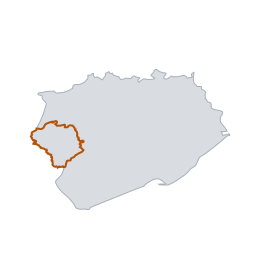 Poland, with Lublin highlighted, rotated 156°
{"feature_id": "POL-3151", "entity_name": "Lublin", "entity_type": "Voivodeship", "adm_level": 1, "iso_a3": "POL", "parent_name": "Poland", "parent_adm1": "", "projection": "equal_earth", "projection_center": [23.045, 51.304], "detail": "medium", "context": "in_parent", "style": "outline", "palette": "amber", "viewbox_px": 256, "rotation_deg": 156, "n_neighbors": 0, "source": "natural_earth", "source_scale": "10m", "svg_char_len": 5436}
<svg xmlns="http://www.w3.org/2000/svg" viewBox="0 0 256 256"><g transform="rotate(156 128 128)"><path d="M210.7,136.3L211.7,138.0L212.1,139.2L211.7,140.3L211.8,141.3L215.6,145.6L217.0,148.8L217.9,150.1L220.0,151.7L220.1,152.3L219.3,152.9L218.1,153.2L217.8,153.7L219.0,155.2L220.0,157.8L219.9,159.9L219.2,160.4L218.3,161.6L217.7,162.7L212.8,163.5L211.6,164.7L208.9,167.1L207.1,168.4L204.3,170.9L200.0,175.0L193.7,182.1L192.6,183.8L192.9,185.1L194.0,188.3L194.2,189.7L194.0,191.0L193.6,192.2L193.7,192.7L196.4,194.9L196.5,195.4L196.3,195.9L195.7,196.4L193.6,195.9L191.3,195.0L190.5,195.1L189.2,194.9L184.1,193.2L180.6,191.8L180.3,190.9L179.6,189.6L178.2,188.5L174.8,187.6L173.4,186.9L167.9,186.4L165.5,186.4L163.8,186.7L162.7,186.7L161.2,188.6L160.2,189.2L158.7,189.2L157.4,188.9L156.0,187.9L153.9,187.3L152.3,187.6L151.2,187.4L150.2,187.3L149.9,187.5L149.1,187.5L147.9,188.0L146.6,188.7L145.2,189.2L144.1,190.3L143.2,192.5L140.5,191.5L139.6,191.9L138.3,192.2L137.4,191.9L137.6,191.2L138.1,190.3L138.1,189.1L137.8,187.8L137.0,187.4L135.8,187.2L135.1,187.0L135.1,186.6L134.4,186.0L133.3,184.6L132.3,182.9L131.6,182.3L130.6,183.2L128.9,184.1L127.9,184.4L125.9,187.1L122.5,187.2L122.3,186.0L122.0,184.8L120.0,184.5L119.9,183.7L119.6,182.0L115.6,178.5L115.2,177.0L115.3,176.4L115.1,175.5L114.2,175.0L111.1,174.3L110.2,174.7L109.5,174.3L108.4,173.5L106.4,172.8L106.2,172.4L105.5,171.8L105.1,171.8L104.8,172.1L104.2,172.6L102.1,173.3L101.3,173.0L100.6,172.5L99.8,171.2L98.5,170.2L97.5,169.8L97.0,169.2L96.9,168.8L99.2,167.9L99.7,167.0L99.5,165.4L99.1,165.2L98.2,165.8L96.3,166.2L94.5,166.5L93.6,166.5L88.8,163.5L85.6,162.6L83.7,162.3L83.5,162.6L84.3,164.3L85.7,166.4L85.6,166.9L82.7,168.1L81.5,168.8L80.5,169.8L79.6,170.3L78.8,170.1L78.0,169.7L76.1,166.6L73.6,164.3L73.3,163.8L72.5,163.7L71.4,163.1L71.0,162.4L71.6,161.7L72.5,161.0L73.9,160.6L74.3,160.2L74.6,159.6L75.1,158.8L75.0,158.5L74.1,157.7L72.6,156.9L68.5,157.5L67.4,157.9L66.8,157.3L66.4,156.5L65.3,156.3L64.0,155.6L62.3,154.8L60.7,154.6L57.4,153.6L56.1,153.5L55.3,153.1L54.6,152.3L53.9,151.4L53.7,149.6L51.2,148.8L48.8,148.3L48.6,148.6L48.6,150.4L48.4,151.3L46.7,151.9L45.1,152.0L45.2,151.7L47.3,148.4L48.3,146.4L49.5,142.6L48.5,139.7L48.2,138.3L47.7,137.6L44.4,136.2L44.2,135.7L44.8,133.8L44.6,132.9L43.8,132.1L42.8,130.4L42.5,128.9L44.0,127.2L45.1,124.2L45.6,123.0L44.8,122.4L44.6,121.4L44.9,120.1L44.5,119.1L43.4,118.5L42.6,117.6L42.3,116.5L42.7,114.9L43.8,112.6L42.0,109.9L37.3,106.7L35.1,104.5L35.4,103.2L36.5,102.0L38.4,101.0L39.9,99.2L40.8,97.0L41.0,95.1L39.3,88.8L39.0,87.2L38.8,84.8L42.9,86.1L44.6,86.9L44.4,86.0L44.1,85.3L44.4,84.3L44.4,82.7L40.6,81.9L38.1,81.6L37.9,80.5L38.2,79.8L38.9,80.2L41.3,80.3L47.6,78.2L58.2,75.4L69.5,72.8L72.2,72.6L74.8,72.0L75.8,71.0L76.8,70.4L78.4,68.7L81.9,66.0L87.9,65.1L90.2,63.8L94.9,62.1L105.5,60.1L110.0,59.7L114.3,59.6L118.1,61.2L122.1,63.1L122.8,64.2L120.6,63.5L117.5,61.8L116.3,61.7L118.9,67.0L120.3,68.8L123.3,70.2L125.8,70.7L133.7,69.8L136.6,68.7L137.4,68.2L138.1,68.5L148.4,69.1L184.2,70.4L194.5,70.7L195.1,70.5L196.1,69.6L197.4,69.7L198.9,70.3L199.6,70.7L199.9,71.2L200.1,71.7L201.0,71.8L202.5,72.2L204.5,73.2L206.1,74.1L207.7,75.4L208.2,76.8L208.2,78.5L208.1,79.6L210.4,87.8L213.9,95.4L215.2,99.0L215.7,101.0L216.2,103.8L216.3,105.8L216.3,107.0L216.0,108.5L215.0,109.4L208.2,112.1L207.0,112.9L205.0,114.9L203.1,117.0L202.7,117.8L202.6,118.2L203.0,118.9L205.4,120.1L207.9,121.0L208.7,121.7L210.5,122.5L211.1,123.3L211.5,124.0L211.5,125.6L210.7,127.8L211.0,129.5L210.2,130.6L209.5,131.8L209.4,133.9L210.7,136.3Z" fill="#d9dde1" stroke="#a8b0b8" stroke-width="1"/><path d="M202.6,118.3L203.0,118.6L202.9,119.3L203.3,119.5L204.9,119.7L206.7,120.3L206.6,120.7L207.5,120.8L207.7,120.6L208.1,120.9L208.4,120.7L208.4,121.2L208.9,122.0L210.1,122.1L211.2,123.0L212.0,125.1L211.1,126.2L210.8,127.7L210.9,127.9L210.7,128.0L210.4,128.7L211.1,129.4L210.9,130.0L209.8,130.7L209.6,131.7L209.8,132.1L209.5,132.3L209.8,132.7L209.3,133.0L209.5,133.4L209.5,134.6L210.1,135.5L209.8,135.5L210.1,135.8L210.6,136.0L210.8,136.8L211.7,137.2L211.5,137.9L212.4,139.0L212.1,139.3L212.2,139.8L211.2,140.6L211.2,141.4L212.2,141.7L213.3,143.5L215.6,145.1L215.8,145.4L215.4,145.7L216.3,147.1L216.5,148.5L217.3,149.0L217.8,150.1L220.9,152.1L220.6,152.5L219.0,152.7L218.0,152.5L217.4,153.2L217.4,153.7L217.7,154.0L218.7,154.2L218.4,154.8L218.7,155.1L219.7,155.5L219.6,156.0L220.2,157.5L219.8,158.1L220.2,159.7L219.6,160.2L218.4,160.8L218.4,161.8L217.9,162.9L216.9,163.2L212.8,163.4L212.2,163.7L211.8,164.7L209.9,163.8L209.3,163.1L208.1,162.5L206.7,162.3L205.1,162.6L202.3,164.8L200.9,165.1L196.6,165.0L194.1,164.4L193.9,164.0L194.8,163.8L194.3,163.5L191.7,163.9L191.0,163.6L190.5,163.0L190.4,162.4L191.2,161.4L192.9,161.1L192.2,159.8L192.0,159.0L189.0,157.7L184.6,156.8L184.3,156.3L185.4,154.4L183.4,153.4L182.7,153.4L181.5,154.1L180.0,154.1L177.6,152.7L177.0,150.5L176.8,150.3L177.0,148.8L177.0,148.3L176.6,148.0L177.1,147.6L176.3,145.0L176.9,142.7L177.5,142.2L177.8,140.3L177.1,139.6L177.1,139.0L178.0,138.2L178.0,137.3L177.5,137.2L177.7,136.8L177.4,136.1L177.3,135.3L175.0,135.1L174.3,134.7L174.0,134.1L174.2,133.5L174.9,133.4L176.9,133.8L178.7,133.1L178.8,132.5L177.9,131.4L178.6,130.6L179.7,130.1L178.6,128.4L178.5,127.8L177.7,125.9L179.0,125.2L180.5,124.9L183.2,124.9L185.7,124.5L186.7,124.6L189.1,123.4L191.9,123.5L192.9,122.9L193.1,122.2L193.8,121.8L196.7,122.8L197.4,122.6L201.0,118.1L202.6,118.3Z" fill="none" stroke="#b45309" stroke-width="2"/></g></svg>